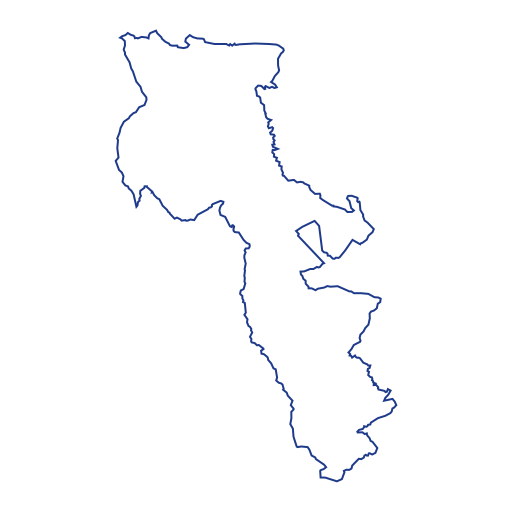 Molango de Escamilla, Hidalgo, Mexico
{"feature_id": "50627088B53777409905176", "entity_name": "Molango de Escamilla", "entity_type": "district", "adm_level": 2, "iso_a3": "MEX", "parent_name": "Mexico", "parent_adm1": "Hidalgo", "projection": "orthographic", "projection_center": [-98.759, 20.849], "detail": "fine", "context": "isolated", "style": "outline", "palette": "blue", "viewbox_px": 512, "rotation_deg": 0, "n_neighbors": 0, "source": "geoboundaries", "source_scale": "gbopen_adm2", "svg_char_len": 6036}
<svg xmlns="http://www.w3.org/2000/svg" viewBox="0 0 512 512"><path d="M251.7,342.4L254.7,343.1L257.0,345.3L258.8,345.0L263.4,348.6L263.5,349.1L261.1,350.7L261.5,353.7L263.9,354.2L266.8,356.5L267.7,357.5L268.2,359.9L271.2,363.4L273.5,368.4L275.7,369.3L277.1,377.6L276.2,380.5L278.7,382.7L281.3,383.5L282.5,384.6L283.7,388.8L283.1,389.7L286.7,392.6L287.8,395.7L292.5,400.7L290.8,405.2L293.6,408.7L293.6,409.4L291.3,411.9L291.4,418.2L290.3,424.1L292.9,428.7L293.5,436.7L296.7,446.6L297.5,447.1L301.3,446.5L307.6,447.1L309.3,449.5L311.6,455.5L315.3,457.5L315.9,459.1L324.1,464.7L326.1,467.2L323.8,469.0L320.6,470.2L320.2,471.0L320.6,477.5L325.3,477.6L336.9,481.3L341.9,479.1L344.4,472.4L343.9,470.9L346.5,469.7L349.2,469.9L351.5,468.5L352.2,465.6L358.8,458.8L361.3,459.1L363.8,457.6L364.4,455.7L365.7,454.8L366.9,455.6L368.0,455.6L368.8,453.4L369.8,453.3L372.2,454.5L375.4,452.9L377.3,448.0L372.6,441.9L370.6,440.9L369.6,438.2L367.2,435.4L366.8,433.4L364.8,434.1L362.4,432.3L357.8,432.5L357.3,431.8L359.0,429.9L362.7,429.0L364.0,427.3L364.2,426.2L366.3,426.8L367.4,426.2L368.1,424.8L370.3,424.5L370.9,422.6L378.0,418.1L385.3,415.8L390.4,413.1L391.7,411.5L392.4,408.5L394.2,407.5L396.3,405.1L394.7,401.6L392.5,398.9L384.1,400.7L385.3,397.9L388.3,394.7L390.6,390.6L387.9,389.1L386.9,391.7L385.5,392.1L384.5,390.9L378.5,389.5L377.9,388.2L378.2,387.2L376.1,384.9L373.7,385.1L373.8,384.4L375.3,383.4L373.2,382.5L373.1,381.2L371.9,380.1L372.4,379.1L371.9,377.4L370.1,376.9L368.2,375.0L369.0,371.8L367.5,371.0L367.9,368.9L369.6,368.0L370.3,365.5L368.3,365.6L367.3,364.4L363.3,362.7L360.0,358.3L358.6,357.6L357.2,357.8L355.8,356.9L355.0,355.5L352.1,357.6L351.1,355.7L349.6,355.5L350.1,353.9L348.5,352.5L351.4,349.2L353.8,345.0L360.1,341.8L360.5,340.8L359.6,338.0L360.4,334.6L363.5,331.5L365.3,328.0L368.4,324.7L369.8,318.4L369.6,313.5L371.0,311.6L374.0,310.5L376.8,308.3L377.8,303.7L380.2,302.1L380.7,298.7L378.3,297.5L374.4,297.2L368.4,293.9L361.1,293.2L354.0,293.2L351.2,291.4L349.4,291.4L337.6,286.2L330.6,286.7L327.2,286.1L324.4,287.5L317.9,288.7L315.5,290.2L311.6,288.3L308.6,288.3L308.5,286.7L305.7,283.7L305.6,280.7L303.3,278.8L302.4,276.0L300.9,274.4L300.5,271.6L304.2,271.4L310.2,269.0L313.4,269.0L317.0,266.9L318.4,267.5L319.9,267.0L322.5,263.8L324.0,263.2L298.0,235.7L298.8,234.0L296.1,231.0L302.2,226.9L314.6,220.9L319.1,225.9L322.2,250.5L324.0,252.3L326.6,252.8L327.5,253.6L327.7,255.6L330.0,255.8L332.7,258.6L334.5,258.8L335.9,257.7L338.5,257.9L339.7,257.2L345.0,250.7L352.5,239.9L360.2,244.3L360.7,243.4L362.6,242.7L366.8,239.6L368.5,235.6L372.5,232.2L373.8,229.1L367.4,222.5L364.6,220.5L363.0,216.2L363.2,214.7L360.4,210.1L359.7,202.4L359.4,201.7L358.1,202.1L357.2,201.0L357.7,198.2L357.2,197.7L351.7,195.8L348.3,195.9L347.7,196.5L347.0,198.5L349.5,201.2L351.2,208.1L353.9,210.5L352.0,211.9L347.4,212.0L344.9,209.5L336.9,206.8L333.5,206.4L333.4,205.7L332.1,205.7L323.0,200.1L320.2,198.0L320.4,195.2L319.8,193.7L315.0,193.9L310.5,189.9L309.2,187.0L309.3,185.8L308.7,185.4L304.2,183.4L303.3,182.4L300.6,181.8L297.0,182.4L293.9,179.9L288.3,180.7L284.0,175.8L282.8,175.6L282.5,174.5L283.0,172.8L281.4,169.3L281.7,166.5L279.1,165.6L279.6,162.1L276.1,160.7L276.9,157.8L273.9,156.7L274.2,154.2L272.3,152.4L272.7,149.9L274.6,150.1L277.8,148.9L272.9,146.8L272.3,144.7L274.5,144.4L273.5,141.9L274.6,140.4L273.3,139.0L273.1,137.6L274.7,135.9L274.0,134.7L270.7,134.3L270.1,132.6L272.3,130.7L273.1,128.1L272.2,127.2L268.8,128.2L267.9,126.3L268.7,123.9L268.2,122.4L271.1,120.0L267.6,118.8L266.2,117.3L265.3,113.7L265.7,113.5L264.3,110.5L264.1,105.1L260.9,102.7L260.2,97.7L259.3,96.6L257.0,95.8L256.3,91.1L255.4,89.2L255.6,88.2L258.1,85.6L261.3,85.9L264.4,89.1L265.2,88.9L264.9,87.0L265.6,86.1L269.4,88.0L272.0,86.8L274.4,88.0L276.8,87.3L275.1,84.6L271.1,82.0L272.3,80.9L274.8,76.1L278.3,72.2L279.1,70.4L278.1,65.6L278.0,58.8L281.1,53.4L282.7,52.2L283.8,50.3L283.2,48.6L278.7,45.5L276.4,44.6L269.0,44.0L255.1,43.5L239.7,44.3L236.3,44.9L235.2,44.8L234.6,43.7L232.2,45.6L230.2,44.1L229.2,45.5L226.2,44.0L214.5,44.0L205.1,42.1L203.9,39.2L202.9,38.7L197.1,38.4L192.9,37.1L189.8,35.1L185.9,38.6L185.3,41.6L189.1,44.8L187.2,47.2L183.7,48.1L177.8,47.2L177.3,45.6L172.4,45.7L170.0,45.1L169.0,43.6L165.4,41.8L162.1,38.9L161.3,37.2L157.2,33.2L156.0,30.7L150.2,33.1L148.9,35.3L148.5,38.4L146.6,37.5L141.5,36.9L137.9,38.4L137.1,38.0L134.9,38.2L134.4,36.4L133.5,35.6L130.9,34.9L127.8,33.0L125.6,35.0L122.0,36.3L120.2,37.7L121.9,38.3L124.8,41.1L125.0,45.4L123.7,49.6L125.0,52.7L125.0,54.5L129.6,62.4L131.2,68.4L132.9,71.4L136.3,81.6L140.5,86.8L142.0,91.8L146.3,97.3L146.5,99.9L144.5,105.0L139.2,107.2L135.9,112.2L133.5,113.1L129.9,116.3L128.9,118.2L123.9,121.7L120.6,127.9L119.5,132.8L117.2,138.6L118.0,140.1L117.3,148.2L118.5,157.6L115.7,160.9L119.0,169.9L121.9,172.6L123.5,176.2L122.5,181.8L125.3,185.4L128.1,186.5L128.7,188.4L131.3,190.6L133.6,194.3L136.4,206.8L137.4,205.6L138.0,202.0L139.6,200.7L139.3,198.9L140.9,195.9L140.1,193.7L140.3,190.8L144.3,187.9L144.6,186.3L146.8,186.3L146.7,186.8L152.1,191.5L151.9,192.3L152.5,192.0L154.2,195.2L157.3,198.3L159.3,199.2L162.7,205.8L167.0,209.8L168.3,212.1L169.5,212.6L169.8,213.6L174.6,218.7L176.9,217.6L180.4,219.3L181.6,220.6L185.5,220.1L186.1,220.7L187.9,220.6L190.3,219.5L194.2,220.1L197.7,214.7L207.8,209.3L209.2,207.6L210.8,207.4L211.9,206.5L211.9,204.9L212.8,204.1L220.6,200.9L223.4,201.8L223.1,203.6L221.2,205.3L220.0,207.7L219.4,210.6L220.5,214.9L225.2,216.9L230.0,226.3L231.7,227.0L232.2,225.4L232.8,225.2L234.1,226.4L233.4,230.0L233.9,231.3L234.9,232.1L238.8,232.5L243.5,239.8L246.5,242.9L249.4,244.1L249.7,245.3L249.6,246.8L248.7,248.3L245.7,248.5L244.6,250.5L245.6,252.4L244.4,255.3L244.3,257.7L245.7,263.6L244.6,269.2L245.0,270.4L244.3,276.0L244.8,277.9L244.5,281.8L245.3,283.4L243.6,289.1L240.8,290.5L240.1,293.4L240.3,294.2L242.3,295.9L242.4,298.5L243.4,300.3L243.0,302.0L244.8,303.0L245.8,312.7L244.4,314.8L247.5,319.3L247.0,322.3L248.5,325.9L250.1,327.0L251.3,328.9L251.0,330.2L252.2,332.5L250.0,336.8L251.4,339.0L251.1,341.3L251.7,342.4Z" fill="none" stroke="#1e3a8a" stroke-width="2"/></svg>